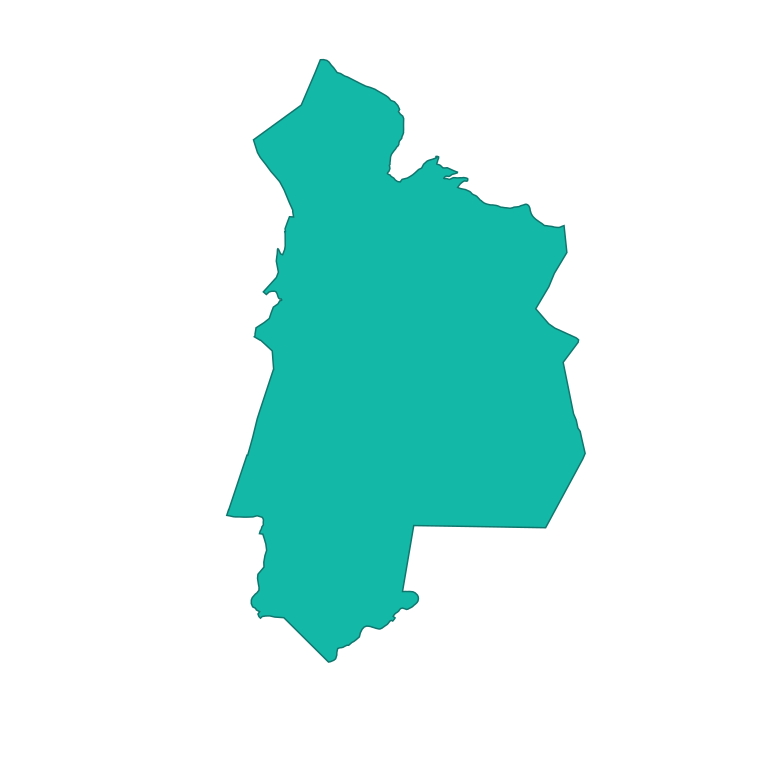 the district of Juan Galindo, Puebla, Mexico, rotated 112°
{"feature_id": "50627088B57480550213661", "entity_name": "Juan Galindo", "entity_type": "district", "adm_level": 2, "iso_a3": "MEX", "parent_name": "Mexico", "parent_adm1": "Puebla", "projection": "natural_earth1", "projection_center": [-98.001, 20.223], "detail": "fine", "context": "isolated", "style": "filled", "palette": "teal", "viewbox_px": 768, "rotation_deg": 112, "n_neighbors": 0, "source": "geoboundaries", "source_scale": "gbopen_adm2", "svg_char_len": 5271}
<svg xmlns="http://www.w3.org/2000/svg" viewBox="0 0 768 768"><g transform="rotate(112 384 384)"><path d="M647.4,410.8L645.2,409.8L643.4,406.8L641.8,403.0L641.0,398.0L638.2,389.3L662.6,331.3L661.5,329.6L658.9,327.0L656.9,325.9L653.1,326.2L650.8,327.1L648.2,327.6L646.6,327.8L645.2,326.3L644.4,324.7L643.4,323.3L642.1,322.3L640.1,320.5L639.5,318.9L635.6,316.9L634.0,315.5L631.3,313.9L627.7,312.1L623.6,312.7L619.6,312.4L616.7,311.3L615.0,309.5L614.3,307.4L613.9,305.5L613.9,304.2L613.7,302.5L613.5,299.8L613.3,298.6L613.1,297.2L612.7,296.0L611.9,295.2L611.1,294.4L610.1,293.8L609.0,293.1L608.0,292.5L606.7,291.6L605.6,290.9L604.2,290.4L603.1,290.1L601.4,289.6L600.4,288.5L600.5,287.1L598.6,286.5L597.5,286.2L596.7,286.1L596.3,287.6L596.0,288.5L594.5,288.2L592.9,287.7L591.7,287.0L590.8,286.3L589.0,285.3L587.3,285.0L585.9,284.4L584.8,282.9L584.6,280.4L584.6,278.7L583.8,277.5L582.6,276.6L581.7,275.7L580.4,274.6L579.2,273.9L578.0,273.4L576.8,272.7L575.6,272.1L574.2,271.5L572.5,271.2L570.3,271.6L568.7,272.4L567.2,273.9L566.0,276.8L565.8,279.3L566.7,282.3L568.0,285.4L568.3,286.4L568.9,287.6L569.5,289.1L504.1,303.4L481.8,245.6L456.7,180.3L378.9,171.6L373.0,171.5L360.4,180.3L354.4,184.4L352.2,187.7L345.5,192.2L341.0,196.7L340.6,197.1L338.9,198.2L296.8,226.0L272.6,219.6L270.2,220.1L269.6,221.7L269.2,223.3L268.2,246.5L266.5,253.8L257.4,271.5L232.0,267.6L217.6,267.5L193.6,263.7L169.7,276.4L171.1,278.0L172.6,279.4L173.4,280.6L174.1,282.6L174.7,284.8L175.0,287.2L175.9,290.5L176.4,292.8L177.0,294.6L176.0,297.9L175.7,299.7L175.1,302.2L174.5,304.8L174.0,306.1L173.4,307.6L172.7,309.0L171.1,311.1L170.0,312.1L167.9,313.7L166.8,314.3L165.6,315.3L164.6,316.5L164.0,317.9L164.0,319.2L164.5,320.4L165.7,321.7L167.5,324.0L168.9,325.2L170.1,327.3L171.3,329.7L172.5,330.9L173.9,333.0L174.7,336.2L175.3,338.1L175.8,340.4L176.3,341.9L176.2,344.8L176.4,346.9L177.0,349.1L177.2,350.2L178.0,352.1L178.4,354.3L178.6,355.7L178.7,356.7L178.7,358.8L178.1,361.3L177.6,362.4L177.4,363.8L176.9,364.7L175.2,368.4L175.0,370.0L175.0,372.0L174.7,373.6L173.8,375.3L173.4,376.5L173.2,381.3L173.6,383.3L174.1,386.1L174.2,387.7L174.1,389.4L172.2,388.9L170.0,388.3L168.4,387.5L167.0,386.7L166.4,386.2L165.5,385.4L165.1,383.6L164.4,382.7L163.3,382.8L162.2,383.4L162.2,385.0L162.7,387.4L163.7,389.2L164.4,391.0L165.0,392.2L165.6,393.5L165.9,394.8L166.4,396.2L166.8,397.1L167.8,398.1L169.1,399.2L169.9,400.2L170.0,401.9L170.0,402.8L170.4,403.7L170.9,404.6L170.9,405.2L170.9,405.5L169.6,405.4L168.8,404.9L167.9,404.2L167.5,402.8L167.4,402.0L166.8,401.0L164.2,399.4L163.6,398.6L162.3,396.9L161.4,395.9L160.7,395.1L160.0,395.3L160.1,397.2L160.1,399.5L159.8,406.4L161.0,408.7L161.5,410.4L160.9,411.9L160.2,413.6L160.1,414.9L160.3,416.4L160.3,417.5L159.6,417.7L157.5,417.8L156.1,418.0L154.0,418.0L152.9,418.5L153.0,420.0L153.5,421.0L154.0,421.0L154.4,420.1L154.9,420.4L157.4,423.2L159.6,426.0L161.1,427.5L165.4,429.6L167.6,429.8L169.7,430.0L172.2,432.3L176.5,434.3L179.2,435.7L181.9,437.6L184.3,439.5L187.5,443.9L190.6,444.7L191.2,447.2L190.7,449.8L189.4,452.1L189.1,454.0L188.7,455.6L188.0,456.5L188.0,458.3L187.7,459.6L186.7,459.8L184.9,459.1L183.8,459.1L182.1,459.2L180.5,460.1L179.1,461.0L178.0,460.7L176.8,461.3L175.7,461.6L173.8,462.1L170.9,463.0L168.3,463.1L166.9,462.8L163.8,462.0L161.7,461.3L159.6,461.0L158.0,460.2L156.4,460.0L154.8,460.5L153.1,460.7L151.2,460.1L149.6,459.6L147.8,460.0L145.8,459.9L143.7,460.0L142.9,460.4L140.6,461.2L136.8,462.8L133.7,464.0L130.5,465.2L128.6,467.0L127.7,469.9L126.1,472.6L123.6,472.4L120.6,475.5L119.5,477.8L118.4,480.0L118.5,483.9L116.7,487.2L116.0,489.9L115.5,493.1L114.7,499.1L114.1,502.8L114.2,508.0L114.7,512.6L114.2,519.8L113.5,527.4L113.0,532.8L113.2,535.8L112.4,540.5L112.8,544.1L109.7,549.0L108.2,552.2L106.1,555.6L105.4,558.2L105.9,561.6L107.2,564.5L121.1,564.5L156.4,565.2L206.5,596.5L216.8,588.0L220.3,583.6L224.9,575.6L229.4,568.3L232.1,562.9L233.7,559.9L235.5,556.5L241.4,549.4L251.3,539.7L257.0,533.7L258.2,533.3L263.0,530.4L264.3,534.3L269.6,534.2L277.1,533.9L279.6,532.5L279.9,533.1L281.6,532.0L293.0,527.3L296.5,526.5L302.1,526.4L302.1,528.6L298.5,532.4L298.4,533.1L298.9,533.2L299.6,533.0L300.2,532.8L303.2,531.8L306.5,531.0L310.4,529.9L319.9,523.8L325.6,523.7L343.8,530.4L345.1,526.6L341.7,525.0L340.1,522.9L338.9,520.1L339.0,518.7L340.3,517.0L342.6,515.1L343.7,514.0L344.1,513.0L344.2,512.3L343.6,511.2L344.1,510.5L344.8,510.3L346.0,511.8L348.7,512.2L349.4,512.3L354.2,515.4L359.9,515.3L366.2,514.9L372.2,518.3L379.8,523.7L385.1,522.5L385.4,522.5L387.1,521.8L387.9,521.7L388.8,522.0L389.8,515.2L389.6,514.8L394.5,501.8L395.2,500.0L411.6,491.9L411.6,492.0L417.8,491.6L457.3,489.0L463.8,488.5L482.4,485.8L491.1,484.8L501.2,483.7L501.3,484.4L558.8,480.8L558.8,481.0L564.7,480.6L564.1,477.7L563.5,474.0L562.9,472.0L561.3,468.0L560.4,465.4L559.4,462.7L558.0,459.5L556.3,455.7L553.7,452.3L553.2,447.2L554.0,445.8L555.3,444.8L557.4,444.2L559.9,443.1L562.1,443.7L564.8,443.4L566.6,443.7L569.4,443.4L568.6,440.1L572.2,437.1L576.8,433.5L582.2,430.5L587.7,430.1L594.2,428.7L598.7,426.7L607.6,429.6L611.5,428.5L616.9,425.3L619.3,423.7L622.1,422.7L625.3,423.6L627.0,424.6L631.3,426.1L634.0,426.1L637.3,424.8L639.8,422.3L640.1,419.1L641.3,417.7L641.7,414.0L644.5,414.7L646.5,412.8L647.4,410.8Z" fill="#14b8a6" stroke="#0f766e" stroke-width="1.5"/></g></svg>